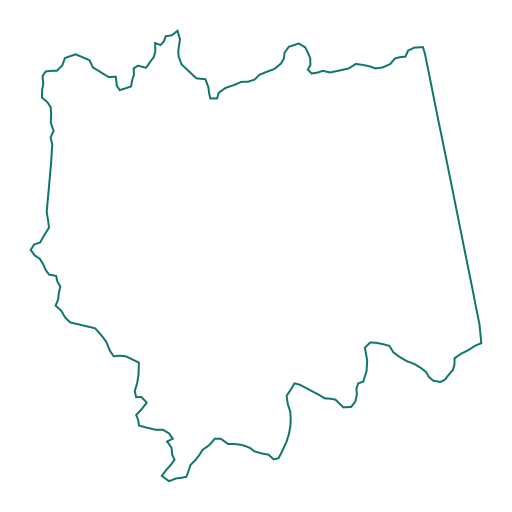 outline of Rio das Flores, Rio de Janeiro, Brazil
{"feature_id": "56859067B25860438297690", "entity_name": "Rio das Flores", "entity_type": "district", "adm_level": 2, "iso_a3": "BRA", "parent_name": "Brazil", "parent_adm1": "Rio de Janeiro", "projection": "robinson", "projection_center": [-43.554, -22.17], "detail": "fine", "context": "isolated", "style": "outline", "palette": "teal", "viewbox_px": 512, "rotation_deg": 0, "n_neighbors": 0, "source": "geoboundaries", "source_scale": "gbopen_adm2", "svg_char_len": 2720}
<svg xmlns="http://www.w3.org/2000/svg" viewBox="0 0 512 512"><path d="M165.7,36.2L163.9,41.4L160.5,45.0L155.1,43.1L155.3,51.6L153.8,56.9L150.3,61.7L146.0,67.8L138.0,65.7L133.7,68.4L134.0,74.4L132.4,79.6L130.9,86.5L124.6,88.6L119.8,90.1L116.8,85.8L115.8,76.7L108.8,77.1L103.9,74.2L98.5,70.8L92.9,67.5L89.6,60.3L81.8,56.9L75.5,54.3L64.9,58.1L62.3,65.4L56.8,70.8L51.7,70.8L45.7,71.5L42.5,76.2L43.3,83.8L42.1,90.0L42.0,97.6L47.5,102.3L50.8,107.4L51.1,114.7L50.8,122.8L53.6,130.9L50.6,137.3L52.2,144.4L51.1,162.8L46.7,212.0L48.1,220.5L49.0,227.7L44.0,235.6L40.2,242.4L34.1,244.5L30.7,250.0L34.9,255.6L39.7,258.6L43.1,264.0L45.7,270.0L49.1,274.6L56.1,275.9L57.4,281.5L60.3,286.6L58.8,293.5L58.2,299.3L55.6,305.6L61.1,310.6L65.2,317.5L70.1,322.4L95.1,328.3L101.3,335.2L106.3,341.9L110.2,351.3L113.8,356.3L119.5,355.7L125.8,356.3L132.7,359.6L138.9,362.6L138.5,374.7L137.2,383.1L134.8,391.0L136.1,397.2L141.4,397.0L146.7,402.6L141.6,409.3L136.2,414.9L138.2,420.0L138.9,425.5L146.5,427.6L155.8,429.8L163.1,429.8L168.9,433.3L172.8,438.7L167.1,441.5L171.5,447.7L172.2,454.7L174.5,459.7L171.2,464.5L166.8,469.3L161.8,475.9L169.1,481.2L176.1,478.4L181.5,477.8L186.3,476.8L188.3,471.8L190.4,465.1L195.9,459.5L199.2,455.2L202.4,450.1L209.7,444.7L214.8,438.7L220.8,438.8L228.1,444.0L234.4,444.0L240.3,444.7L245.0,445.9L250.1,448.0L254.3,451.3L261.3,453.4L268.6,454.7L273.7,459.4L278.5,458.2L282.1,451.3L286.3,442.3L288.9,434.2L290.4,426.0L290.7,418.0L290.2,411.4L287.8,404.2L286.6,395.7L291.7,388.3L294.4,383.4L299.2,384.5L304.9,387.4L312.0,391.2L319.0,394.9L324.9,398.4L330.4,398.7L335.5,399.7L343.4,407.4L351.2,406.9L355.4,401.4L356.9,394.5L356.4,388.8L358.2,383.4L363.2,381.6L366.5,371.4L367.2,361.1L366.2,354.9L364.9,347.7L370.2,342.5L376.4,342.8L383.6,344.3L389.4,345.9L393.5,352.5L399.2,356.7L406.7,361.1L414.8,364.2L421.1,368.1L426.0,372.0L428.9,377.0L433.3,380.7L440.5,382.0L445.1,379.5L448.6,374.9L452.9,369.9L454.4,364.8L454.6,358.2L461.3,353.6L468.0,350.3L475.6,345.5L481.3,343.2L479.5,324.5L475.3,303.7L472.5,289.1L470.4,278.8L465.2,253.2L451.2,183.4L442.4,139.9L437.7,117.4L432.8,92.8L425.0,54.0L422.9,47.1L414.5,47.6L408.1,50.6L405.5,56.6L399.6,57.2L394.9,58.5L390.2,64.1L382.4,67.5L375.4,68.4L369.2,66.2L363.2,65.0L355.9,63.9L348.8,68.4L341.0,70.2L330.1,72.5L322.9,70.8L317.5,72.6L311.7,73.5L307.8,69.6L310.4,65.0L310.2,58.1L308.1,53.1L305.2,47.3L298.7,43.5L293.6,45.2L288.8,46.8L284.5,52.7L284.0,58.2L281.0,63.5L274.3,69.0L266.5,71.9L259.6,74.7L254.6,79.6L248.1,81.7L241.3,81.9L235.1,84.6L225.4,88.0L218.7,92.8L217.1,98.4L210.2,98.4L209.1,93.0L208.3,87.0L205.4,79.2L196.6,78.4L191.2,73.5L181.6,64.4L178.7,56.9L178.2,51.2L180.0,39.3L177.5,30.8L171.7,35.4L165.7,36.2Z" fill="none" stroke="#0f766e" stroke-width="2"/></svg>